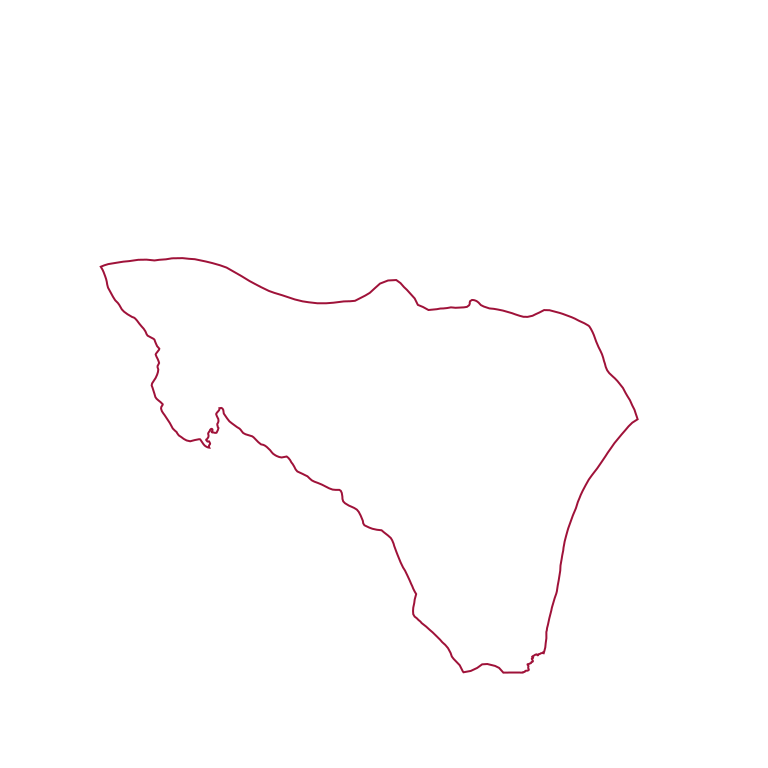 outline of Vilabuly, Savannakhét, Laos, rotated 219°
{"feature_id": "54806243B77256668678203", "entity_name": "Vilabuly", "entity_type": "district", "adm_level": 2, "iso_a3": "LAO", "parent_name": "Laos", "parent_adm1": "Savannakhét", "projection": "orthographic", "projection_center": [105.936, 16.913], "detail": "fine", "context": "isolated", "style": "outline", "palette": "rose", "viewbox_px": 768, "rotation_deg": 219, "n_neighbors": 0, "source": "geoboundaries", "source_scale": "gbopen_adm2", "svg_char_len": 6063}
<svg xmlns="http://www.w3.org/2000/svg" viewBox="0 0 768 768"><g transform="rotate(219 384 384)"><path d="M124.7,341.4L128.5,348.0L129.6,349.9L132.6,354.0L135.8,359.8L137.6,362.9L140.0,367.5L141.5,369.8L143.0,372.6L144.5,375.3L147.0,380.8L149.0,385.4L150.0,387.8L154.5,400.7L156.7,408.3L159.1,414.3L160.3,418.4L161.3,421.6L162.4,426.1L163.6,432.2L164.7,438.6L165.0,443.8L165.1,447.4L165.2,452.5L165.8,460.1L166.4,467.0L166.9,471.6L167.3,477.6L167.7,483.0L167.6,494.3L167.4,499.9L167.3,505.0L166.7,510.2L164.7,516.2L166.7,517.5L170.2,519.7L173.1,521.6L177.6,523.6L182.7,526.2L187.3,527.8L190.7,529.1L195.8,531.3L204.4,533.2L208.3,533.7L210.6,533.8L215.8,534.2L219.2,535.1L222.4,536.8L225.1,538.8L227.6,540.4L230.3,542.4L233.3,544.3L236.7,546.0L240.5,547.7L245.8,550.5L251.7,554.1L254.4,555.5L257.8,557.0L260.7,558.0L262.2,558.0L266.5,557.3L272.4,555.8L276.9,554.9L280.2,554.0L289.4,550.9L292.2,549.8L301.8,545.5L306.1,542.2L308.2,537.4L310.1,533.6L311.5,530.5L314.6,526.6L317.9,524.0L321.2,522.5L325.6,520.8L329.1,519.6L337.8,515.9L342.6,513.4L346.0,511.5L349.6,509.1L355.2,507.0L358.4,506.3L361.8,506.8L364.3,506.7L366.2,506.1L367.2,505.6L368.5,504.7L368.8,503.8L369.2,502.5L368.7,501.3L367.9,500.4L367.4,498.8L368.1,496.1L370.2,493.8L373.3,491.0L376.3,488.3L380.2,485.7L382.8,482.7L385.4,480.1L387.7,478.1L390.0,475.4L396.0,469.5L402.1,468.4L407.5,466.8L414.0,469.8L425.5,471.6L429.5,471.9L434.7,472.8L439.9,472.5L446.0,467.0L450.3,459.5L451.5,452.0L452.4,445.9L454.2,441.0L458.9,430.4L462.3,427.1L467.2,422.9L474.4,415.4L479.8,410.3L486.6,404.8L494.0,400.1L499.3,397.0L506.5,393.6L519.0,388.9L526.6,385.8L532.0,383.9L541.0,381.8L547.0,380.6L553.3,379.4L562.4,378.2L579.6,375.4L586.1,373.1L593.6,369.9L599.5,367.1L609.6,361.9L614.3,358.6L619.7,355.1L627.8,348.3L631.9,343.7L636.8,339.1L640.1,335.6L646.8,331.2L653.1,325.9L659.5,319.0L663.5,315.1L666.3,312.0L673.7,303.7L676.0,300.3L677.9,296.9L674.7,295.7L672.3,294.5L668.4,292.2L665.9,290.6L663.8,289.0L661.7,287.1L659.1,285.2L649.4,281.2L645.6,279.9L641.9,279.5L639.6,278.9L634.7,277.0L631.5,276.6L627.2,276.8L621.8,277.6L620.3,278.2L618.7,278.3L616.0,277.9L612.1,276.9L608.6,276.2L605.5,275.7L602.4,274.7L599.8,273.3L598.1,272.8L591.3,274.1L590.1,273.9L588.7,273.0L586.5,271.8L584.1,270.6L582.2,270.3L580.8,270.0L580.4,269.0L580.3,264.1L580.0,263.2L578.1,262.1L575.4,260.9L573.3,259.7L572.0,258.8L571.6,257.1L571.3,255.5L570.5,254.5L568.5,253.2L567.2,251.0L566.2,248.5L565.3,245.1L564.6,238.5L563.6,236.6L561.8,235.6L556.2,231.9L553.5,230.0L551.5,229.4L549.1,229.3L546.0,229.3L543.2,229.0L542.9,228.4L542.6,225.9L541.7,224.5L539.5,223.1L537.1,222.3L535.1,221.8L525.9,218.9L522.8,217.6L520.2,216.5L517.4,216.2L514.8,216.1L513.8,215.6L511.1,214.9L508.0,215.2L505.1,215.3L501.9,215.9L498.6,217.5L495.8,221.3L492.9,224.8L492.0,225.3L486.7,223.7L484.6,223.3L482.4,223.5L480.7,224.0L479.7,224.6L480.4,225.0L480.9,225.4L481.2,225.9L481.3,226.3L481.4,227.8L481.6,228.2L481.8,228.4L483.3,229.1L483.6,229.2L483.9,229.3L484.2,229.0L484.7,228.4L485.1,228.2L486.3,228.4L486.8,228.5L487.1,228.9L486.8,229.3L486.9,229.6L487.0,231.6L487.1,232.2L487.3,232.6L487.9,233.5L488.2,233.8L488.8,234.2L489.4,234.7L489.7,235.4L489.9,237.0L489.9,237.8L490.3,239.1L490.2,239.6L490.1,240.3L489.8,240.6L489.5,240.8L489.1,240.8L488.7,240.7L488.3,240.3L488.0,239.8L488.0,239.1L487.9,238.6L487.5,238.2L486.9,238.3L486.4,238.9L485.8,239.1L484.9,239.5L483.8,240.3L483.5,240.9L484.2,243.9L484.6,244.7L484.9,245.6L485.4,245.8L486.2,246.0L486.6,246.4L487.0,246.8L487.6,247.1L488.4,248.0L488.6,249.2L489.0,250.5L489.8,251.6L491.0,252.7L491.7,252.9L492.4,253.3L493.2,253.6L494.1,254.1L495.4,254.9L495.7,255.5L495.8,256.9L495.7,258.4L495.7,259.9L495.9,260.5L496.3,261.3L496.7,261.6L495.4,263.0L494.7,263.2L494.2,263.2L493.9,263.2L492.5,262.6L489.9,260.2L484.2,258.5L480.7,257.7L477.7,257.7L471.2,258.0L468.2,258.4L466.5,258.2L464.6,257.7L462.6,257.3L460.0,257.8L453.5,260.4L451.8,260.5L445.0,259.7L441.6,259.7L439.4,260.8L437.6,261.2L435.5,261.3L433.1,261.1L430.8,260.9L428.3,260.3L426.2,260.0L423.7,260.2L422.1,260.5L419.5,261.3L417.3,262.5L414.0,266.4L411.8,266.4L409.1,265.8L406.7,264.8L404.5,264.3L401.8,263.3L398.9,262.0L396.3,261.5L390.7,262.9L387.9,263.5L385.4,264.1L382.4,263.8L379.4,263.7L376.6,264.3L373.1,265.5L369.0,266.7L361.0,268.4L357.5,269.6L354.8,271.4L352.1,273.6L350.4,273.8L348.3,272.8L345.6,270.4L343.9,268.5L341.8,267.1L339.3,266.8L334.8,267.4L332.3,268.1L329.2,268.9L326.0,269.3L323.1,268.7L319.4,267.1L314.4,264.4L312.4,262.6L310.3,261.9L308.5,262.3L305.2,263.1L301.9,264.2L297.9,266.2L293.8,268.8L290.7,268.7L285.7,268.8L281.8,268.6L279.3,267.7L276.0,265.9L274.2,264.6L269.0,261.5L266.4,260.0L258.8,255.8L253.7,253.4L250.2,252.2L245.3,249.9L240.2,247.4L237.2,245.8L234.7,244.6L232.6,243.4L229.5,242.0L226.8,241.0L224.5,235.8L222.7,232.9L220.5,228.6L218.6,225.9L216.4,223.5L213.8,222.5L211.2,222.6L208.7,222.3L206.2,222.3L204.3,221.9L198.6,222.0L193.5,221.7L189.9,221.6L179.5,220.6L176.2,220.0L172.2,219.8L168.0,219.0L163.0,216.9L159.8,214.9L157.0,214.2L148.2,213.1L142.0,210.3L140.8,210.0L136.0,215.6L132.9,222.0L131.3,227.9L127.5,231.4L120.3,234.8L115.9,235.8L109.6,234.8L103.6,239.8L94.5,247.1L94.6,247.6L94.0,248.2L93.7,248.6L93.5,249.0L93.5,249.5L93.6,250.0L93.4,250.3L92.3,251.3L92.0,251.7L91.8,252.0L91.7,252.5L91.6,253.0L92.0,253.4L92.9,253.8L93.5,254.4L93.9,255.0L94.2,255.7L95.8,256.2L96.0,256.5L95.8,257.0L95.6,257.2L95.3,257.4L94.8,258.5L94.2,259.5L94.2,260.0L94.4,260.5L94.3,260.9L93.8,261.5L93.8,262.2L94.2,262.6L95.9,263.3L96.3,263.6L96.4,264.1L96.3,264.4L95.9,264.5L95.8,264.8L96.0,265.2L96.5,265.1L97.2,265.4L97.0,266.3L96.8,266.8L96.5,267.4L96.3,268.1L96.1,268.7L95.5,269.7L95.1,270.0L94.8,270.1L94.5,270.0L94.2,269.8L93.8,269.9L93.6,270.2L93.6,270.9L93.7,271.4L92.8,272.7L92.7,273.1L92.6,273.5L92.0,274.2L91.7,274.6L91.5,275.6L91.1,275.6L90.8,275.5L90.1,274.4L91.3,277.3L92.9,280.8L95.4,284.6L97.8,288.6L101.8,293.5L102.4,294.9L103.7,297.0L105.0,299.9L108.0,305.8L111.4,313.2L112.8,315.9L116.6,325.0L118.2,329.5L119.2,331.7L122.1,336.6L124.7,341.4Z" fill="none" stroke="#9f1239" stroke-width="2"/></g></svg>